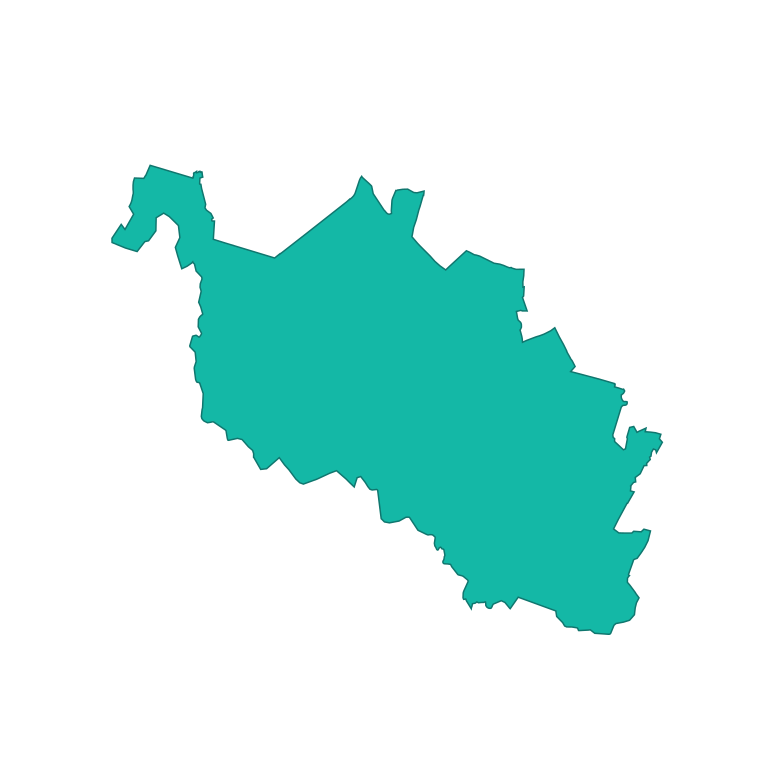 outline of Vecumu pag., Vilakas, Latvia, rotated 104°
{"feature_id": "27541924B24216055125897", "entity_name": "Vecumu pag.", "entity_type": "district", "adm_level": 2, "iso_a3": "LVA", "parent_name": "Latvia", "parent_adm1": "Vilakas", "projection": "natural_earth1", "projection_center": [27.805, 57.201], "detail": "fine", "context": "isolated", "style": "filled", "palette": "teal", "viewbox_px": 768, "rotation_deg": 104, "n_neighbors": 0, "source": "geoboundaries", "source_scale": "gbopen_adm2", "svg_char_len": 6134}
<svg xmlns="http://www.w3.org/2000/svg" viewBox="0 0 768 768"><g transform="rotate(104 384 384)"><path d="M228.4,663.8L239.3,665.6L239.4,665.8L242.6,666.8L244.5,675.9L248.2,676.1L251.7,675.6L255.8,674.6L258.0,673.8L260.2,673.3L261.3,673.4L266.6,673.1L268.6,673.2L270.7,673.5L273.5,674.2L279.8,668.0L296.7,672.7L292.7,677.6L308.4,683.2L312.5,682.1L314.6,667.8L315.2,655.6L303.7,650.5L302.0,647.1L290.6,642.4L277.8,645.3L271.5,639.1L273.5,632.8L280.0,621.8L291.3,617.5L301.9,619.5L309.5,615.2L321.1,608.1L317.4,603.6L313.0,599.7L311.8,599.1L312.3,598.8L313.4,597.0L313.9,596.7L319.9,593.6L324.1,587.0L324.6,586.6L326.2,586.0L331.2,586.5L334.6,585.9L338.1,583.9L339.0,583.8L349.5,583.6L353.5,580.5L359.6,577.0L360.2,576.8L360.9,577.2L361.2,577.6L361.6,577.9L363.5,579.0L366.1,579.7L373.5,578.1L378.8,573.4L379.4,573.3L380.0,573.3L382.6,574.2L383.0,574.4L383.2,574.8L383.2,575.1L382.2,577.9L382.2,578.2L383.7,581.0L384.1,581.3L393.9,581.7L394.8,581.3L398.6,575.2L399.1,574.8L407.7,571.7L413.4,572.1L414.8,571.9L425.1,567.9L426.5,567.0L427.5,565.9L427.4,563.8L427.6,563.1L437.0,557.1L450.9,554.3L452.9,554.3L459.7,553.4L461.7,552.3L462.9,550.7L463.5,549.6L464.3,545.9L462.9,542.6L462.3,541.6L462.0,540.3L467.0,526.7L467.5,526.0L474.2,523.1L475.9,522.2L476.2,521.9L476.3,521.6L476.2,521.1L472.2,513.0L472.2,508.3L472.3,508.1L477.7,500.4L480.2,495.4L483.2,493.6L486.7,492.8L486.8,492.5L496.7,483.0L494.6,477.4L480.8,467.8L486.5,461.0L490.2,455.5L497.6,446.5L500.2,441.8L500.6,438.0L492.5,426.0L483.8,415.2L479.6,409.1L485.3,397.9L488.2,393.1L491.1,388.0L481.4,387.4L479.4,384.2L484.1,378.3L487.5,374.8L489.5,372.2L489.7,369.9L488.1,365.6L488.3,364.9L488.7,364.4L515.2,354.2L515.5,354.0L515.5,353.8L517.7,350.2L517.4,345.1L513.3,336.2L508.0,330.5L507.4,328.6L507.2,327.4L507.3,327.0L507.7,326.5L517.3,316.1L517.7,315.6L519.6,306.6L519.8,305.1L519.7,304.5L519.0,302.9L518.6,300.8L518.9,299.7L520.2,297.4L520.9,297.1L526.3,296.6L528.4,295.7L529.0,295.3L530.0,294.2L531.8,292.8L532.1,292.2L532.1,291.6L531.3,291.2L529.7,290.8L528.7,289.8L528.8,289.1L529.9,288.0L529.9,286.3L530.1,286.1L530.5,285.7L534.7,283.8L535.8,283.4L536.8,283.7L539.7,283.4L541.6,283.9L542.5,283.8L543.1,283.5L543.6,283.0L543.8,282.5L543.8,281.8L543.2,278.7L542.9,276.0L543.5,275.2L544.8,274.2L551.0,266.3L551.2,265.7L551.2,262.0L551.4,260.7L553.8,255.7L554.4,254.9L554.8,254.7L555.9,254.7L565.6,256.5L566.9,256.6L568.0,256.5L572.3,255.6L573.5,254.8L573.7,254.5L572.9,252.9L572.9,252.6L574.4,251.6L580.9,245.0L579.8,245.1L578.8,244.9L575.8,245.0L574.5,242.4L573.0,241.2L573.4,239.4L572.4,236.6L571.8,234.4L571.0,233.3L570.9,232.8L572.4,232.2L574.3,231.6L575.0,230.9L575.6,230.2L576.0,229.2L576.2,228.3L576.1,227.1L575.8,226.1L575.3,225.7L573.9,225.3L572.8,225.2L571.1,224.7L565.9,217.8L566.7,213.8L571.3,207.6L571.5,207.2L558.4,202.2L562.6,162.4L567.8,160.2L572.3,152.9L575.1,150.2L575.5,147.9L574.3,142.8L573.9,137.7L574.2,137.0L576.1,135.6L576.1,135.2L573.2,125.8L572.6,124.4L574.9,119.2L572.5,105.6L572.1,104.4L571.4,103.9L570.9,103.7L562.5,102.5L560.3,101.0L557.1,94.0L554.1,89.0L553.7,88.5L552.9,88.1L547.3,85.2L540.3,86.1L537.2,86.1L535.2,86.1L529.8,84.8L526.0,89.4L525.7,89.5L519.8,96.7L517.5,99.9L513.4,100.8L511.6,100.1L510.5,99.5L510.3,100.2L509.9,100.6L509.4,100.7L496.2,99.4L494.7,99.4L493.6,98.8L491.9,96.2L485.7,93.7L479.4,91.5L472.1,89.9L462.1,89.9L462.0,96.7L465.2,98.7L466.5,106.1L468.7,107.5L470.6,115.2L471.7,120.1L469.1,126.2L458.8,123.9L440.9,119.3L440.8,118.8L428.2,115.2L428.1,119.0L423.3,119.7L423.2,120.0L419.1,118.0L418.1,116.1L413.9,117.6L409.1,113.7L400.3,111.9L399.5,109.3L397.5,110.0L394.5,108.4L392.9,107.4L390.7,108.6L389.5,107.5L385.5,107.9L381.9,106.9L382.2,104.4L384.8,103.0L373.2,99.8L370.6,103.5L365.8,103.2L365.6,108.7L366.2,113.7L367.1,119.0L363.4,119.1L368.2,125.2L369.7,126.8L364.8,131.4L366.7,135.1L376.9,135.5L378.3,134.6L388.5,134.0L389.9,135.8L384.5,145.5L383.9,146.4L381.2,147.0L380.4,148.7L378.0,149.7L349.1,148.2L347.1,147.2L346.1,144.6L345.6,143.9L345.0,143.5L343.6,143.4L342.5,143.8L342.4,144.0L342.6,145.5L343.0,146.8L342.9,147.6L341.6,149.2L340.1,150.3L338.4,150.9L337.6,150.9L337.2,151.1L335.5,149.7L334.8,149.3L332.8,148.8L332.4,148.9L331.2,150.1L331.5,150.2L331.1,155.7L331.0,159.6L329.6,159.5L328.4,159.7L328.7,160.2L327.8,160.6L327.3,173.3L326.9,194.8L326.8,205.9L320.8,202.8L316.1,206.9L314.1,209.3L313.8,209.4L308.3,214.6L308.0,214.5L302.1,219.5L295.8,225.4L288.1,231.9L292.0,235.1L296.9,240.8L299.4,244.4L301.5,247.9L307.1,256.0L310.0,259.7L306.5,260.9L304.3,261.9L299.1,264.8L298.8,265.1L297.7,264.7L295.6,264.4L293.3,265.0L292.4,265.4L291.2,266.3L289.5,269.3L288.1,270.2L281.6,273.1L279.5,269.2L279.6,267.4L278.5,262.8L266.5,270.6L264.9,269.8L255.8,271.5L256.4,272.6L251.3,274.0L245.2,274.6L238.8,275.9L240.8,283.6L240.6,287.7L240.2,288.7L240.9,290.5L240.6,293.0L240.0,296.6L239.7,300.6L240.2,306.7L239.9,307.7L236.8,321.9L236.7,323.0L236.6,326.0L236.8,327.5L235.4,332.9L234.8,336.3L254.4,349.2L258.4,351.7L255.9,358.1L252.7,364.3L248.8,370.0L241.1,382.8L239.3,385.6L234.3,392.6L232.2,392.6L224.9,393.1L216.7,392.4L206.7,392.3L203.1,392.0L191.4,391.6L191.4,391.2L189.5,391.4L187.1,391.8L190.5,398.2L191.0,401.4L189.2,408.1L190.5,412.8L192.6,417.9L193.3,418.6L193.3,419.3L201.6,420.6L203.7,420.7L214.2,418.8L215.3,418.4L216.7,418.0L217.9,419.7L218.1,420.9L217.7,422.4L216.9,423.6L215.7,425.2L215.2,426.1L202.0,440.5L195.3,443.7L194.8,444.1L193.7,445.9L188.7,455.1L187.9,455.9L190.0,456.7L192.2,457.1L206.2,458.2L208.6,458.9L210.8,460.1L213.1,461.8L212.9,462.0L216.3,464.3L256.5,495.5L281.4,515.0L283.3,516.6L283.1,516.7L288.2,520.6L285.6,572.7L284.9,584.6L266.9,587.9L267.4,590.2L267.2,590.6L265.6,591.0L264.2,589.9L260.4,593.2L258.3,598.3L256.5,600.2L255.9,600.4L252.8,600.5L238.4,608.3L234.5,610.0L234.6,611.2L234.5,611.3L228.9,612.4L228.6,612.3L227.1,609.9L225.6,610.6L222.3,611.9L222.3,612.3L222.8,612.5L223.0,612.7L222.8,613.5L222.1,613.9L222.1,614.1L222.8,614.7L222.7,615.0L223.9,615.8L223.7,616.5L224.4,617.1L224.1,617.5L223.3,617.5L224.8,618.9L224.9,619.4L225.7,619.7L226.8,619.3L228.3,619.1L229.2,619.4L229.7,619.0L230.5,619.3L228.4,663.8Z" fill="#14b8a6" stroke="#0f766e" stroke-width="1.5"/></g></svg>